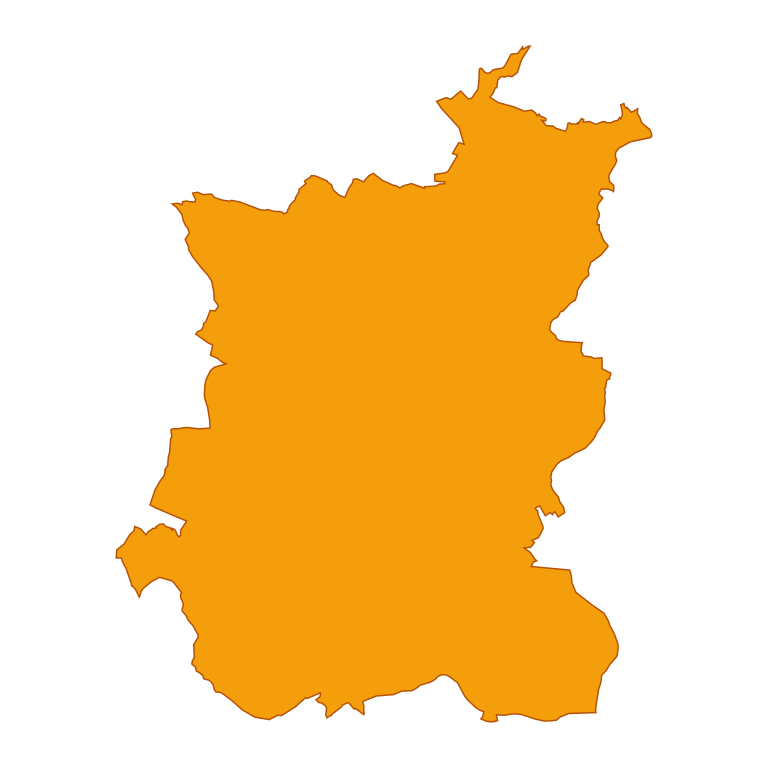 the district of Sanmartin, Cluj, Romania
{"feature_id": "2599482B60326025316894", "entity_name": "Sanmartin", "entity_type": "district", "adm_level": 2, "iso_a3": "ROU", "parent_name": "Romania", "parent_adm1": "Cluj", "projection": "equal_earth", "projection_center": [24.069, 47.018], "detail": "fine", "context": "isolated", "style": "filled", "palette": "amber", "viewbox_px": 768, "rotation_deg": 0, "n_neighbors": 0, "source": "geoboundaries", "source_scale": "gbopen_adm2", "svg_char_len": 6099}
<svg xmlns="http://www.w3.org/2000/svg" viewBox="0 0 768 768"><path d="M603.8,410.7L605.2,401.4L604.7,396.1L605.3,392.7L604.5,388.9L605.4,388.0L606.7,379.9L609.8,378.8L609.4,376.9L610.6,375.4L610.7,373.0L602.1,368.8L602.0,357.9L594.3,358.4L591.2,357.0L582.9,355.8L582.8,354.1L581.1,352.0L581.4,346.1L582.3,342.7L563.3,341.4L559.3,340.5L556.6,338.8L555.4,335.4L551.1,331.8L549.6,329.3L549.7,328.3L550.9,322.7L552.7,319.8L557.8,316.9L560.4,311.8L563.0,311.1L571.0,302.6L575.2,300.2L576.9,295.4L577.4,290.5L583.2,280.5L588.5,275.5L588.8,273.6L588.1,270.1L590.8,262.4L601.1,254.9L608.0,246.6L607.6,245.1L605.1,242.4L602.4,237.9L601.3,234.0L599.3,230.5L599.2,224.7L597.0,224.7L597.1,221.1L599.1,216.5L599.3,213.4L597.3,208.5L597.9,204.5L602.8,197.9L598.7,193.9L601.1,189.2L607.9,189.0L612.9,190.8L613.3,191.6L613.7,191.0L613.7,185.5L609.7,181.6L608.8,176.7L609.6,173.8L615.5,163.9L616.7,160.5L615.4,156.5L615.6,152.5L618.8,148.2L630.2,141.9L650.6,137.5L651.8,136.0L651.3,133.0L649.8,129.5L642.6,123.6L641.4,121.8L639.6,117.1L637.5,113.9L637.4,110.3L638.1,108.1L636.7,109.6L631.3,112.3L627.1,107.4L625.8,108.2L624.5,106.2L623.9,103.5L620.8,104.8L622.4,112.6L622.3,115.3L620.8,118.9L619.6,117.5L618.0,120.2L612.5,121.7L611.3,122.8L605.9,122.7L605.3,121.7L602.5,121.7L596.0,124.4L589.4,121.5L583.5,122.3L583.7,119.5L581.4,118.6L578.3,123.7L577.7,122.6L576.4,124.1L570.8,123.9L569.7,122.8L567.9,123.4L567.1,128.3L565.3,131.3L556.1,128.4L552.8,125.9L546.4,125.8L541.8,120.3L545.7,120.9L546.1,119.0L544.1,117.5L540.9,116.5L538.9,114.0L537.1,115.8L535.4,112.8L531.6,110.0L525.7,111.1L523.5,110.9L514.3,107.0L498.4,102.6L490.0,97.3L493.3,92.7L495.4,87.8L496.8,87.7L497.7,80.3L501.0,76.5L504.5,77.1L508.5,75.8L511.9,76.8L517.4,72.5L521.5,59.7L530.1,46.1L528.0,46.3L523.0,49.4L522.6,46.9L517.9,53.4L511.0,54.3L505.0,65.6L502.9,68.0L493.3,69.7L490.0,72.7L487.8,73.3L485.4,72.7L481.3,68.2L479.4,69.0L478.9,81.2L477.8,89.4L471.4,98.5L467.9,98.7L460.7,91.0L450.7,99.4L446.8,97.7L445.4,97.9L436.6,101.3L441.5,108.5L459.1,127.7L464.1,144.3L458.9,142.6L453.5,151.6L452.6,153.6L457.5,155.3L448.2,171.1L445.5,172.8L434.6,174.4L435.0,181.2L444.7,181.9L444.7,183.7L439.3,184.1L435.6,186.1L424.5,186.7L424.4,188.2L411.5,183.6L403.2,185.9L399.8,187.9L396.0,185.7L393.5,185.4L382.9,180.7L373.2,173.3L368.9,175.8L364.9,180.0L364.0,182.0L357.2,178.9L353.4,179.2L352.3,183.3L348.8,188.2L344.9,197.5L339.3,195.2L333.3,190.1L331.5,184.8L328.3,182.6L326.9,180.8L315.6,176.0L311.4,175.6L309.5,177.9L305.2,180.3L304.5,181.6L306.1,183.4L299.4,189.1L298.8,190.2L299.0,191.9L295.6,197.5L295.1,200.1L292.4,202.3L289.3,206.4L289.0,208.4L287.7,209.6L287.3,212.1L284.1,214.0L282.7,212.5L280.6,211.6L273.6,211.3L267.8,209.5L264.9,210.2L260.4,209.8L240.3,202.1L231.6,200.4L229.7,201.2L222.8,200.2L214.6,197.6L211.5,194.1L202.9,194.6L197.9,192.3L192.7,193.1L193.7,196.0L195.7,199.3L195.0,202.0L189.6,201.8L187.0,201.0L182.7,201.6L182.2,204.7L177.6,203.2L172.2,204.0L176.5,207.3L181.9,214.4L183.2,220.5L185.6,225.6L187.4,227.7L189.4,232.7L185.2,239.4L188.4,246.6L188.8,250.0L192.5,256.5L201.6,268.2L207.4,274.6L211.6,280.8L213.8,291.9L214.2,299.9L218.5,305.9L215.3,310.9L210.2,310.4L205.9,321.8L203.6,323.3L203.5,326.0L201.5,329.9L197.6,331.6L195.7,334.1L208.5,343.1L212.7,345.0L210.4,355.2L217.6,358.4L222.2,362.2L226.0,363.8L214.6,367.2L212.1,369.1L210.4,370.8L206.0,379.7L205.0,384.5L204.3,394.6L205.2,399.9L207.6,407.1L209.5,418.8L210.3,428.0L198.9,428.9L187.0,427.4L176.9,428.8L172.9,428.7L170.9,429.7L171.9,436.9L170.7,438.3L169.6,452.2L168.4,456.7L167.6,465.6L164.9,469.7L165.1,471.8L163.9,476.0L160.1,481.0L155.3,489.3L150.0,504.8L155.6,507.9L186.6,521.1L180.5,530.5L180.6,535.4L179.0,536.9L177.1,534.6L176.2,532.0L174.5,529.4L171.8,528.3L172.0,530.0L169.3,527.4L166.3,526.8L163.4,524.0L159.9,524.2L156.0,526.8L156.4,527.3L156.1,528.0L152.4,528.5L151.7,529.7L149.1,530.8L145.9,534.8L140.8,528.9L134.7,526.5L134.2,530.4L129.4,535.2L124.3,543.8L116.8,549.9L116.2,557.9L121.1,557.9L124.2,565.3L125.6,567.3L131.1,582.7L131.7,585.9L133.9,587.4L135.6,589.7L139.1,596.6L139.2,597.8L141.1,591.6L143.1,588.5L151.3,581.7L159.4,577.3L172.6,581.1L181.4,592.3L180.5,594.9L180.9,598.1L183.1,603.1L183.2,605.5L182.0,609.5L182.4,611.4L186.2,615.8L188.3,620.3L193.2,626.0L198.3,635.3L198.2,637.0L193.7,644.6L194.3,657.5L192.5,660.5L191.8,664.0L195.2,666.9L196.5,671.1L199.3,672.6L203.1,675.9L203.7,678.8L208.4,680.0L210.7,681.5L213.0,684.5L214.3,689.5L215.7,691.9L220.3,692.4L222.9,693.8L233.5,701.9L242.3,709.9L255.0,717.2L269.2,719.6L277.6,715.3L281.7,715.5L295.1,707.0L305.4,697.8L307.1,698.5L320.3,692.8L320.5,694.9L319.6,697.0L316.0,699.7L318.7,702.5L321.3,702.9L325.7,705.9L326.6,708.7L325.7,714.7L327.1,717.8L329.3,716.0L331.4,715.5L332.0,714.2L341.6,706.8L342.3,705.3L347.5,702.7L349.0,703.1L354.2,709.1L355.4,708.4L363.8,714.6L364.3,713.4L363.8,711.2L363.8,705.6L362.7,702.3L363.4,701.1L376.3,696.0L393.6,694.6L401.7,691.2L412.0,690.6L416.8,687.9L419.8,685.3L430.5,682.1L435.1,679.4L437.3,676.9L440.4,675.2L443.5,674.6L446.6,675.1L449.4,676.6L457.5,682.7L464.6,695.9L467.5,699.7L475.3,707.2L479.5,710.0L483.8,711.8L482.5,717.0L481.0,718.9L486.8,721.4L492.0,721.9L497.5,720.7L496.4,714.8L504.2,715.2L514.4,713.8L521.1,714.4L535.8,719.2L544.2,721.0L548.6,721.0L556.2,720.3L559.9,717.1L568.8,713.5L596.0,712.6L595.5,710.2L596.4,703.0L598.7,689.2L600.7,682.8L601.8,675.1L606.2,670.4L609.8,664.6L616.5,656.8L617.4,654.4L618.2,646.4L617.5,642.7L614.7,634.8L609.5,624.7L608.4,621.0L603.9,613.1L591.9,604.9L576.0,592.4L571.9,582.8L571.4,576.0L569.7,570.1L531.3,566.5L533.3,562.2L536.7,560.8L534.4,558.6L530.5,552.6L524.1,548.0L530.7,547.2L534.5,542.6L532.1,540.4L538.4,537.7L543.1,528.7L542.9,526.2L538.0,514.2L537.7,511.1L535.3,508.6L535.8,507.6L539.8,506.0L545.3,515.7L550.0,512.6L552.6,514.6L553.4,512.9L554.8,511.7L558.3,516.9L564.7,512.6L563.5,507.0L559.9,502.1L558.4,497.0L553.1,490.5L551.4,486.7L550.8,483.8L551.5,480.7L550.8,477.3L551.7,472.1L556.7,464.5L561.2,460.6L568.3,457.7L574.4,453.3L584.9,448.4L591.4,441.7L594.9,437.0L597.5,431.0L600.3,427.7L604.6,420.4L604.5,414.4L603.8,410.7Z" fill="#f59e0b" stroke="#b45309" stroke-width="1.5"/></svg>